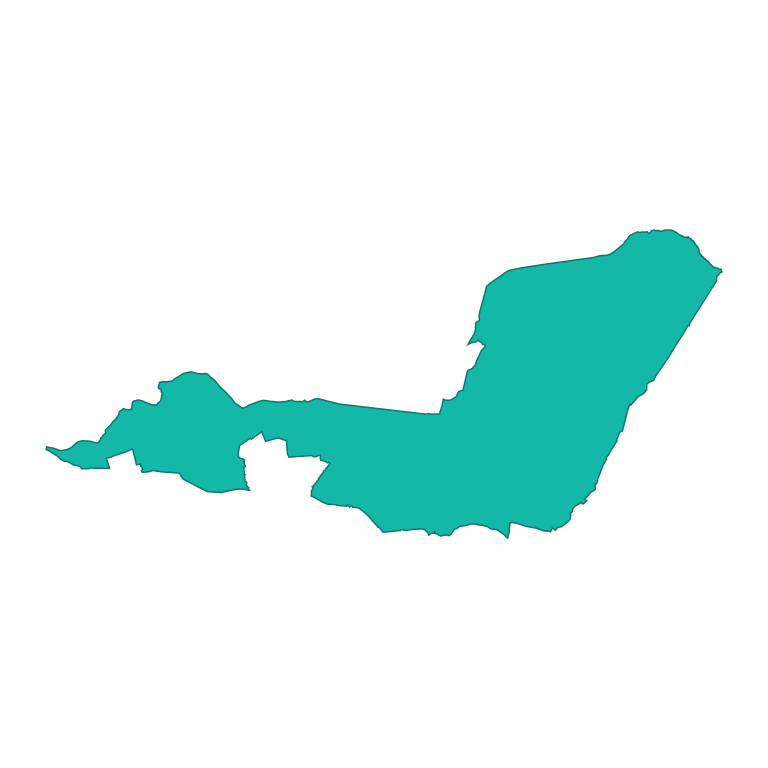 outline of Baltatesti, Neamt, Romania
{"feature_id": "2599482B4509831144178", "entity_name": "Baltatesti", "entity_type": "district", "adm_level": 2, "iso_a3": "ROU", "parent_name": "Romania", "parent_adm1": "Neamt", "projection": "orthographic", "projection_center": [26.264, 47.132], "detail": "fine", "context": "isolated", "style": "filled", "palette": "teal", "viewbox_px": 768, "rotation_deg": 0, "n_neighbors": 0, "source": "geoboundaries", "source_scale": "gbopen_adm2", "svg_char_len": 6101}
<svg xmlns="http://www.w3.org/2000/svg" viewBox="0 0 768 768"><path d="M718.9,274.8L718.9,274.0L719.9,272.8L721.9,272.1L721.1,269.3L719.4,269.3L717.4,268.1L715.9,268.0L714.5,267.3L713.5,267.5L712.8,266.5L712.0,265.9L711.9,265.4L710.1,264.1L708.6,261.7L706.1,260.1L705.1,258.9L703.8,258.1L703.4,257.1L701.6,256.3L701.6,255.0L700.5,254.8L699.8,253.3L699.0,252.5L699.2,251.7L698.8,251.1L699.0,250.4L698.5,248.1L697.8,247.6L696.7,245.7L696.7,245.3L695.4,244.9L694.8,242.8L693.9,242.0L693.5,240.8L692.2,240.7L691.2,239.1L689.5,238.4L688.4,236.9L687.9,236.9L687.5,237.7L685.8,237.1L684.0,237.2L680.9,235.2L678.9,234.5L677.0,232.9L673.1,230.7L671.6,230.2L666.2,230.0L664.3,230.2L661.2,231.2L657.1,230.4L655.8,230.9L654.5,230.1L653.7,230.0L651.7,230.7L651.1,231.1L650.2,232.7L648.6,233.4L647.0,231.7L644.7,232.2L642.5,232.0L639.4,232.4L637.4,231.9L629.5,235.7L627.3,239.2L625.7,240.6L624.2,242.5L624.0,243.6L621.4,245.9L613.4,252.2L610.1,254.3L607.1,255.3L600.4,255.6L593.5,257.5L542.4,264.6L521.4,267.9L508.8,270.5L503.8,273.5L503.0,274.4L490.2,283.1L488.4,285.0L486.7,285.9L483.6,298.1L479.6,312.3L479.3,315.4L479.0,315.5L479.5,320.3L475.9,322.6L475.8,325.1L475.5,326.0L475.6,329.0L474.4,333.5L470.3,340.3L468.1,344.4L470.2,343.2L476.2,341.7L477.9,340.2L478.3,340.3L479.3,341.4L482.0,342.7L482.4,344.5L484.4,344.5L485.5,347.0L484.1,347.7L481.2,350.9L479.8,354.4L479.3,355.1L478.9,356.6L477.6,358.4L474.8,366.0L473.0,367.2L472.8,368.2L472.4,368.6L468.1,370.3L467.3,371.3L463.1,389.9L458.6,391.7L456.3,396.6L451.5,399.6L449.7,400.2L445.9,400.3L443.3,399.2L442.4,404.3L440.1,411.9L439.8,413.6L438.9,414.1L430.0,414.2L428.8,413.5L427.3,414.1L425.4,414.1L339.4,404.1L317.3,398.5L314.0,399.3L308.2,402.0L306.0,401.5L304.8,400.2L302.5,401.6L294.8,401.5L293.1,400.9L292.2,400.0L285.2,401.6L278.6,402.1L269.9,401.3L263.9,400.3L259.3,401.3L248.2,405.5L246.7,406.7L244.1,407.9L242.5,408.2L241.2,407.6L237.7,404.8L235.0,403.3L231.5,398.3L224.9,391.4L220.9,387.8L214.4,380.1L210.4,377.0L207.4,373.9L205.4,373.5L202.6,373.8L198.2,373.7L191.0,371.8L184.5,373.1L182.8,373.8L179.2,376.3L174.6,378.8L173.9,379.9L171.5,381.2L167.1,381.8L162.7,381.7L159.5,382.4L159.3,383.9L158.6,385.4L159.0,385.8L158.2,387.6L158.8,388.5L161.0,389.3L161.6,390.2L161.0,390.9L161.1,391.8L161.9,392.6L162.2,393.4L161.0,399.7L160.2,401.3L157.8,403.2L156.8,405.0L151.4,404.7L140.8,400.4L137.8,399.9L135.7,400.8L134.3,400.7L132.5,402.2L132.2,403.0L131.8,409.1L127.8,409.9L126.4,409.4L125.4,409.5L123.5,408.6L122.9,408.8L122.7,409.5L119.4,411.5L118.4,415.4L116.6,417.6L115.7,419.3L113.1,421.5L109.7,426.0L105.8,429.7L105.3,430.9L105.5,433.0L104.4,434.4L103.2,435.0L101.6,437.4L100.7,438.3L100.6,439.5L98.0,443.0L95.8,442.8L89.4,441.1L82.2,440.8L78.0,441.9L76.2,443.1L72.2,446.9L69.2,448.7L66.3,449.7L61.2,450.6L59.7,450.4L52.4,447.9L50.5,447.8L46.8,446.8L46.1,449.6L47.0,449.7L49.4,451.0L57.4,456.2L59.0,457.5L60.5,459.2L62.4,459.9L64.0,461.3L66.0,461.2L69.8,462.7L73.6,465.1L78.2,465.8L80.0,466.6L82.0,468.7L84.4,468.8L88.7,468.6L90.3,468.1L109.6,468.4L106.3,458.2L111.2,457.1L114.4,455.6L123.5,452.7L132.5,449.1L133.2,451.0L136.5,464.8L140.4,464.0L140.8,466.3L142.0,467.2L142.4,468.4L142.5,469.4L141.3,470.8L142.4,472.4L149.2,471.7L152.9,470.5L162.2,471.9L178.8,473.0L179.9,473.8L180.8,476.0L183.3,479.2L205.8,490.9L207.9,491.7L221.7,492.5L230.6,490.3L238.6,489.0L244.7,489.4L250.3,490.5L248.6,489.7L248.3,488.8L248.9,487.8L247.4,486.9L247.0,485.9L246.1,485.1L246.4,483.7L246.8,482.9L246.6,482.2L244.6,480.8L245.0,479.4L244.4,478.5L244.9,477.5L244.4,475.8L245.0,474.6L244.3,474.1L244.5,472.7L243.9,470.6L243.7,469.2L244.1,468.2L243.8,467.6L244.0,466.9L245.2,466.7L245.4,466.1L244.1,463.3L244.5,461.9L244.0,461.0L244.5,459.7L240.2,458.2L238.5,456.8L238.6,455.8L238.2,454.0L238.5,453.2L238.4,451.0L238.8,450.2L238.9,448.8L239.3,448.0L239.2,446.8L240.0,445.2L250.6,438.2L251.3,439.2L261.8,431.8L265.6,441.3L278.0,437.9L286.5,440.7L287.4,453.6L289.0,457.1L311.1,455.6L312.1,455.7L313.6,456.6L315.5,456.7L319.9,455.0L320.4,455.4L320.3,458.6L320.6,460.1L325.9,461.6L327.1,462.7L327.9,462.8L328.4,462.4L329.9,463.5L327.2,467.4L325.6,468.6L325.3,470.3L323.6,471.1L323.4,472.4L322.2,473.4L321.9,474.3L321.0,474.9L320.6,475.9L319.2,477.4L319.0,478.3L318.4,478.9L318.5,479.5L317.5,480.8L316.9,481.1L316.6,482.3L315.5,483.1L314.4,484.9L313.4,485.4L313.3,486.4L312.2,486.8L312.6,487.3L313.2,488.6L312.4,489.4L312.2,490.2L311.4,490.7L311.5,493.7L311.2,496.3L313.0,496.7L322.5,502.1L326.7,503.9L329.0,504.3L333.5,504.4L339.3,505.5L346.7,506.2L346.9,504.9L347.4,504.8L349.7,507.1L350.4,506.0L351.2,505.7L352.1,506.0L352.5,507.1L355.5,507.3L359.5,508.3L360.5,509.5L361.4,509.9L364.8,512.7L369.5,517.2L371.6,519.9L377.2,526.0L377.8,527.0L378.7,527.3L380.7,529.1L383.1,532.3L400.3,530.5L400.4,530.0L401.1,529.7L406.8,530.4L412.6,529.4L422.1,528.9L424.6,529.6L427.7,532.6L428.9,535.0L431.7,533.1L434.8,533.4L434.8,532.2L435.7,533.7L437.1,534.0L439.6,535.6L441.4,536.1L442.9,535.1L448.3,535.1L448.9,535.7L451.2,534.1L454.3,529.3L457.2,528.4L459.7,526.1L462.6,526.0L467.4,525.1L470.0,524.1L473.7,523.9L475.6,524.0L477.5,524.8L482.3,525.3L486.6,526.4L488.3,527.0L490.2,528.5L491.7,529.1L496.5,529.6L497.5,530.0L504.5,534.9L506.4,537.4L507.7,538.0L509.5,530.8L509.3,529.5L509.8,525.0L509.8,522.8L512.1,522.5L517.1,523.3L525.8,526.2L535.9,528.1L544.3,531.0L548.9,531.1L550.6,531.6L552.2,528.0L555.4,530.3L557.7,527.4L561.0,526.8L562.0,526.3L568.4,521.4L570.3,518.7L570.7,515.9L570.3,513.0L571.2,512.8L572.1,511.8L572.8,508.8L573.5,507.8L575.4,505.9L579.3,503.8L580.6,502.4L582.9,504.0L584.2,503.2L586.8,500.8L584.5,498.7L587.5,496.3L591.0,492.1L594.5,490.2L595.2,489.3L595.1,484.8L596.9,483.2L597.6,479.4L603.3,464.7L606.6,459.0L605.8,458.2L608.4,455.1L610.6,451.1L617.0,440.8L616.8,439.4L619.6,432.4L622.4,430.8L624.8,421.9L627.3,411.3L629.6,404.5L630.7,405.2L638.4,396.4L643.1,393.9L644.9,392.2L646.4,390.1L646.7,389.1L646.7,384.3L647.1,383.7L652.7,380.5L653.6,380.4L656.6,374.5L667.5,359.0L678.4,341.1L683.2,334.0L688.0,325.5L688.7,325.8L689.3,325.5L689.5,323.8L692.0,319.7L716.4,281.1L716.9,276.1L718.9,274.8Z" fill="#14b8a6" stroke="#0f766e" stroke-width="1.5"/></svg>